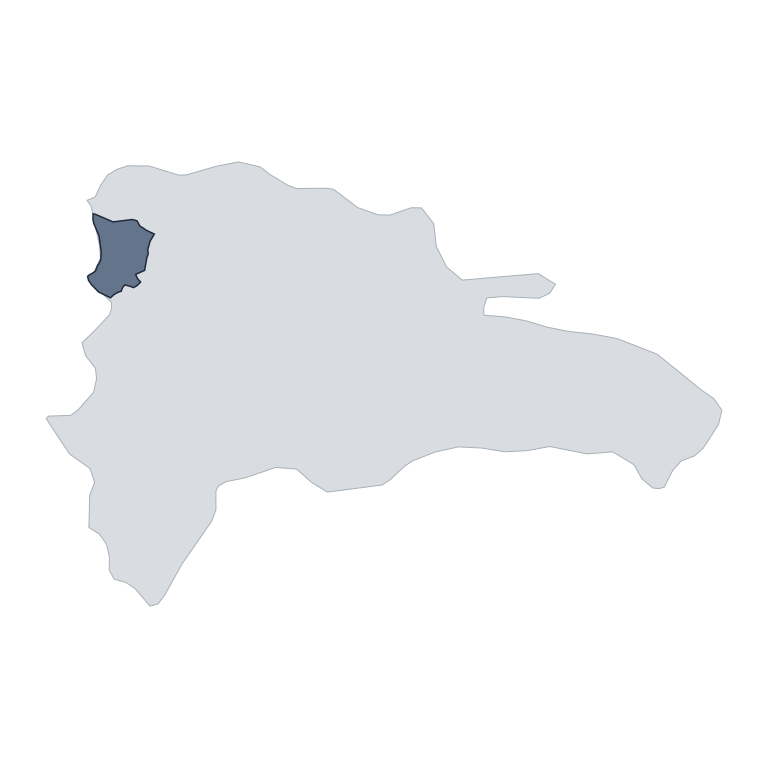 Dominican Republic, with Dajabón highlighted
{"feature_id": "DOM-1966", "entity_name": "Dajabón", "entity_type": "Province", "adm_level": 1, "iso_a3": "DOM", "parent_name": "Dominican Republic", "parent_adm1": "", "projection": "orthographic", "projection_center": [-71.618, 19.433], "detail": "fine", "context": "in_parent", "style": "filled", "palette": "slate", "viewbox_px": 768, "rotation_deg": 0, "n_neighbors": 0, "source": "natural_earth", "source_scale": "10m", "svg_char_len": 1990}
<svg xmlns="http://www.w3.org/2000/svg" viewBox="0 0 768 768"><path d="M88.9,527.5L89.7,495.4L94.6,482.3L90.1,468.6L69.6,454.0L57.1,435.2L46.1,418.5L48.6,416.1L70.8,415.4L78.6,409.3L93.6,392.3L96.6,378.6L95.4,368.2L85.7,355.8L81.9,342.8L93.9,331.4L109.5,314.8L111.7,308.4L111.3,302.1L93.1,284.6L91.8,277.0L100.4,258.0L99.5,245.4L91.1,206.1L87.1,200.3L95.2,197.0L100.6,185.3L107.7,174.9L117.1,169.3L127.7,165.8L149.0,166.0L178.4,175.1L186.7,174.9L214.9,166.6L238.3,161.9L260.4,167.0L269.3,174.1L287.6,185.2L296.7,188.6L325.5,188.2L333.4,189.2L357.7,207.6L378.1,214.8L389.9,215.1L411.0,207.8L421.5,207.9L433.7,223.7L436.3,246.4L446.6,267.0L462.2,280.1L538.3,273.6L555.4,284.3L549.7,293.3L539.0,298.3L502.7,296.6L486.9,297.9L483.8,306.9L483.8,315.2L505.1,316.9L525.9,320.8L547.2,327.2L568.8,331.5L593.1,334.1L617.1,338.6L657.2,354.2L702.0,390.5L713.9,398.7L721.9,410.2L718.5,424.6L703.1,448.3L694.3,456.0L681.3,460.8L672.6,470.6L664.2,487.2L658.9,488.6L652.7,488.0L642.0,478.9L634.1,464.8L612.6,451.8L587.3,453.9L549.8,446.5L527.2,450.6L504.6,451.8L481.4,448.0L458.2,446.9L435.0,452.1L412.5,460.9L404.2,466.5L389.9,480.0L382.2,485.0L327.4,492.1L311.5,482.4L296.7,469.1L275.6,467.4L245.1,477.9L225.9,481.7L218.1,486.2L215.9,491.2L215.9,509.9L211.6,521.3L181.8,564.3L164.9,594.7L158.0,604.0L150.0,606.1L135.2,588.7L125.8,582.4L114.2,579.2L109.2,570.0L109.4,556.8L106.4,544.0L99.2,534.0L88.9,527.5Z" fill="#d9dde1" stroke="#a8b0b8" stroke-width="1"/><path d="M92.5,285.7L91.7,285.0L88.5,280.3L87.6,276.4L88.8,275.2L93.7,272.4L95.5,271.0L97.8,265.0L98.8,263.9L100.9,259.5L101.1,250.8L98.9,235.5L93.7,223.3L92.9,218.9L93.2,213.8L95.3,214.3L113.1,221.9L132.4,219.5L137.0,220.8L139.8,225.9L146.8,230.5L154.3,234.1L150.1,241.2L147.8,249.5L148.2,253.9L146.8,258.0L144.6,270.4L135.6,274.4L137.5,278.6L140.6,282.0L137.4,285.3L133.7,287.6L129.3,286.1L124.8,284.9L122.5,287.6L121.2,291.2L117.3,292.6L113.6,294.9L110.5,297.8L98.6,292.0L92.5,285.7Z" fill="#64748b" stroke="#1e293b" stroke-width="1.5"/></svg>